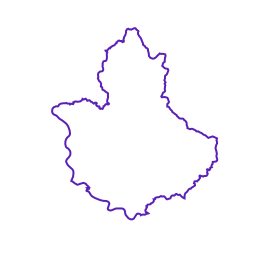 Son Duong, Tuyên Quang, Vietnam (Albers equal-area conic projection), rotated 333°
{"feature_id": "81297802B77321226192187", "entity_name": "Son Duong", "entity_type": "district", "adm_level": 2, "iso_a3": "VNM", "parent_name": "Vietnam", "parent_adm1": "Tuyên Quang", "projection": "albers", "projection_center": [105.397, 21.672], "detail": "fine", "context": "isolated", "style": "outline", "palette": "violet", "viewbox_px": 256, "rotation_deg": 333, "n_neighbors": 0, "source": "geoboundaries", "source_scale": "gbopen_adm2", "svg_char_len": 5791}
<svg xmlns="http://www.w3.org/2000/svg" viewBox="0 0 256 256"><g transform="rotate(333 128 128)"><path d="M194.2,80.8L194.6,79.3L192.9,77.8L191.3,77.1L190.0,76.0L189.6,76.3L187.7,76.7L185.4,77.6L184.2,77.8L182.6,77.9L181.4,77.3L179.9,75.8L179.6,74.8L179.4,73.3L180.5,70.5L180.9,68.3L181.5,67.0L181.5,66.5L181.0,65.2L180.3,64.4L180.2,62.7L179.2,60.7L179.7,59.5L180.2,54.1L180.1,53.0L179.7,51.4L179.6,48.9L180.1,47.7L181.2,46.6L181.2,46.2L180.1,44.0L180.1,43.0L179.7,42.3L178.5,41.9L175.4,41.8L174.8,41.1L173.8,40.7L173.4,39.8L172.8,39.6L171.9,39.6L170.4,40.5L169.8,41.7L168.6,43.2L167.8,44.0L165.7,45.3L165.2,46.1L164.2,46.9L164.0,48.0L163.5,49.1L162.1,49.0L161.9,48.8L162.0,47.8L161.8,47.5L160.5,47.0L159.7,46.0L159.4,45.9L158.9,45.9L157.8,46.3L156.7,46.4L156.4,47.2L155.4,47.2L154.1,47.9L152.9,48.1L151.4,47.8L150.1,48.2L149.1,48.1L148.6,48.7L148.1,48.9L147.5,48.4L147.0,48.4L145.5,49.2L144.6,49.4L143.2,48.9L143.2,49.8L143.9,50.6L144.0,51.1L142.6,52.5L141.6,55.0L139.9,57.5L139.5,57.8L138.6,58.1L137.2,57.6L136.5,57.5L135.2,58.5L134.4,59.3L134.1,60.5L133.3,61.3L132.8,64.0L132.5,64.6L131.9,65.4L131.0,65.7L130.4,65.6L128.6,65.0L126.8,65.5L125.9,66.2L125.3,67.3L124.7,69.2L123.7,70.0L123.6,73.1L124.2,74.4L124.2,75.6L124.0,76.7L122.7,78.5L122.7,78.9L123.2,79.3L123.3,79.7L123.3,80.5L122.7,82.1L122.8,82.5L123.8,83.7L124.9,86.3L125.7,87.3L125.9,88.1L125.3,89.4L124.7,90.1L124.4,91.1L123.8,92.1L122.9,92.9L121.6,94.6L121.1,96.2L121.9,97.0L122.0,97.7L121.6,98.1L120.7,97.9L120.1,97.2L118.8,96.7L117.1,97.6L116.1,97.5L115.1,98.8L114.0,99.4L113.7,99.3L112.8,98.3L112.0,98.4L111.5,97.3L112.1,96.4L112.2,95.7L110.8,95.0L110.3,94.2L110.1,93.6L110.2,92.8L111.3,92.0L111.3,91.2L110.8,90.7L110.4,90.7L110.1,90.5L108.8,90.8L108.5,90.7L107.6,88.3L106.8,87.7L106.4,85.9L105.6,85.5L104.1,85.3L104.0,85.1L104.0,84.0L103.6,82.7L101.4,82.5L100.8,81.4L99.0,82.5L97.5,82.6L94.8,81.7L93.7,80.7L92.3,80.3L92.1,80.5L91.4,80.3L91.4,80.7L90.3,81.6L90.0,81.0L89.3,81.3L88.9,80.9L87.7,80.6L87.1,80.6L87.3,79.9L85.1,78.7L84.6,77.8L83.6,77.6L81.9,76.7L79.2,75.8L77.2,75.9L76.1,76.7L75.6,76.9L74.9,76.7L73.8,76.0L71.2,75.8L69.8,76.4L68.9,77.2L67.8,79.0L67.6,79.7L67.7,81.3L68.3,82.7L69.6,84.1L70.1,85.1L71.1,88.5L73.0,91.7L74.8,95.7L75.2,97.3L75.4,99.6L74.9,103.4L74.3,105.4L73.6,107.0L73.1,107.6L72.0,108.3L69.3,109.0L67.6,110.0L66.1,111.6L64.8,113.9L64.2,116.5L64.4,117.6L65.3,119.1L65.7,120.2L65.9,122.6L65.6,123.5L65.1,124.6L64.2,125.9L62.5,127.0L59.1,128.3L57.7,129.6L57.4,131.7L57.6,134.0L59.7,139.7L59.8,140.8L59.6,141.9L58.8,143.7L56.9,146.5L53.4,149.4L54.5,150.9L55.3,152.8L56.7,155.0L57.2,155.6L57.9,155.8L60.0,156.0L63.2,156.6L63.9,157.1L65.2,158.8L65.3,160.1L66.2,162.2L66.3,163.1L66.1,163.5L66.0,163.2L65.8,163.4L65.7,163.1L65.8,162.9L65.4,162.6L65.0,162.9L65.2,163.1L64.7,163.0L65.0,163.4L64.3,163.8L64.6,164.3L64.3,164.5L64.1,164.2L63.8,164.3L63.6,164.1L62.9,164.5L63.0,164.8L62.6,165.4L63.7,166.4L64.3,167.6L64.4,170.0L64.8,172.3L66.9,175.5L70.3,179.4L72.8,181.6L75.5,183.2L76.6,184.3L77.1,185.3L77.2,186.5L76.8,187.2L73.5,190.5L73.2,191.0L73.3,191.8L74.1,192.9L75.2,193.7L77.3,194.0L80.0,194.1L81.5,194.6L86.1,197.0L86.9,197.7L87.4,198.6L87.6,199.9L87.4,201.0L86.6,203.3L86.5,204.4L87.3,208.1L87.7,209.0L88.8,210.5L90.2,211.3L91.0,211.4L92.2,211.3L95.5,209.3L97.1,208.6L97.7,208.7L98.3,209.0L99.5,210.0L99.9,210.7L99.9,211.6L100.4,211.5L102.0,211.9L103.7,212.9L105.7,212.9L107.3,213.3L106.8,212.1L105.8,211.5L105.6,210.8L105.9,210.3L106.1,209.1L107.6,208.2L109.0,207.1L108.6,206.7L109.0,205.8L109.7,205.8L110.2,205.4L111.0,205.3L113.2,206.1L113.8,206.0L114.3,205.6L115.5,205.7L116.3,205.6L117.6,205.1L118.4,203.7L118.9,203.5L118.8,203.2L119.2,203.3L119.5,203.7L120.1,203.5L120.1,203.3L120.4,202.8L120.7,202.9L121.2,202.7L121.8,202.7L124.0,203.6L124.9,203.7L126.5,203.6L127.3,204.6L129.1,205.2L129.5,206.1L129.8,207.7L130.2,209.1L130.9,209.4L133.9,209.9L135.0,208.8L136.3,208.2L137.6,208.5L138.4,209.2L139.6,209.0L140.5,208.6L141.1,208.7L141.5,209.1L141.8,209.8L142.3,210.4L144.0,211.0L144.6,213.4L145.8,215.7L146.4,216.4L147.8,213.8L148.7,212.8L149.7,212.1L151.5,211.7L154.4,210.2L155.6,210.2L156.4,210.6L157.4,210.1L161.5,209.7L161.8,209.3L162.2,208.2L161.9,207.4L161.7,207.2L163.0,205.8L164.5,206.3L165.5,207.0L166.4,206.4L167.8,206.2L169.6,205.1L169.8,204.7L169.6,204.0L170.0,203.1L170.3,203.0L171.0,203.4L171.3,203.9L172.5,204.8L172.9,205.4L173.7,205.3L174.7,205.6L175.5,206.1L176.5,206.2L177.6,205.6L178.3,204.8L178.1,203.9L178.9,202.9L179.5,201.5L179.6,200.8L180.0,200.8L180.9,201.5L181.2,202.4L181.9,202.3L182.6,201.9L183.1,200.8L183.6,200.7L184.9,201.0L184.9,200.2L185.5,199.2L186.6,198.8L187.1,198.4L187.1,197.9L188.0,197.3L188.2,196.7L189.6,197.3L191.5,197.8L192.8,197.3L193.4,196.1L193.6,194.4L194.4,192.5L195.4,191.5L195.7,190.8L195.9,189.5L196.4,188.3L196.5,186.8L196.9,185.6L198.8,183.3L200.3,182.2L201.1,180.6L201.2,179.2L202.6,177.7L200.3,174.7L199.5,173.9L195.1,173.3L193.7,169.8L192.2,168.1L191.3,166.0L190.0,164.5L189.4,163.4L188.9,162.8L187.4,162.1L187.3,161.1L185.2,158.2L184.6,157.7L182.7,157.2L180.9,155.1L181.5,153.7L181.6,152.2L182.6,149.9L182.5,148.2L182.1,147.1L181.7,146.6L181.5,145.0L180.9,144.4L179.3,143.6L178.3,142.8L177.9,142.3L177.7,140.8L177.1,140.0L177.2,138.8L177.0,138.3L175.8,136.0L175.4,134.9L174.8,134.1L174.9,132.3L174.2,130.7L174.0,128.0L173.9,127.7L172.7,126.8L173.9,124.5L175.7,123.9L176.3,123.5L176.8,120.2L176.8,119.0L176.3,118.4L174.7,117.0L172.1,116.0L171.9,115.2L172.2,114.8L173.7,113.9L175.1,112.5L176.8,112.4L177.7,112.0L177.9,111.8L178.5,109.8L180.7,106.7L180.8,105.1L182.1,104.5L182.1,101.9L183.5,100.6L184.5,98.6L185.3,98.1L186.6,98.0L188.1,96.9L190.0,95.1L190.3,93.9L190.2,93.4L188.3,91.9L187.8,91.2L186.7,88.2L187.5,87.6L188.2,86.6L189.0,86.0L190.9,85.6L191.4,84.4L192.7,82.4L194.2,80.8Z" fill="none" stroke="#5b21b6" stroke-width="2"/></g></svg>